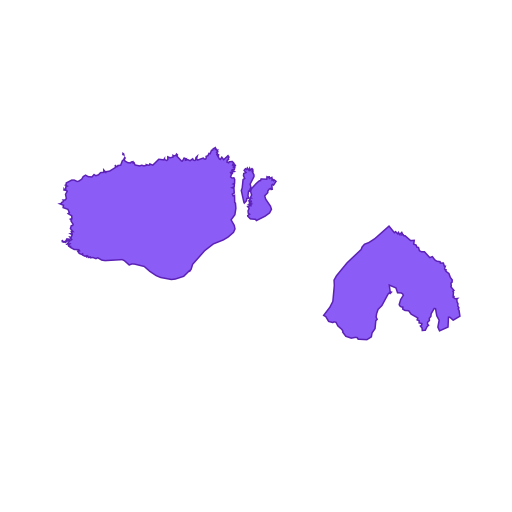 outline of Klungkung, Bali, Indonesia, rotated 139°
{"feature_id": "22746128B73073409478343", "entity_name": "Klungkung", "entity_type": "district", "adm_level": 2, "iso_a3": "IDN", "parent_name": "Indonesia", "parent_adm1": "Bali", "projection": "mercator", "projection_center": [115.486, -8.64], "detail": "fine", "context": "isolated", "style": "filled", "palette": "violet", "viewbox_px": 512, "rotation_deg": 139, "n_neighbors": 0, "source": "geoboundaries", "source_scale": "gbopen_adm2", "svg_char_len": 6128}
<svg xmlns="http://www.w3.org/2000/svg" viewBox="0 0 512 512"><g transform="rotate(139 256 256)"><path d="M315.9,288.6L315.9,288.0L313.6,288.6L309.3,291.3L291.2,293.7L280.2,293.1L270.2,289.6L264.6,288.6L257.5,288.6L254.1,290.2L252.3,293.4L251.1,299.6L244.9,301.0L239.9,305.2L236.8,309.4L237.0,310.3L232.4,315.9L233.8,316.3L233.3,318.2L231.1,317.8L228.2,321.6L229.2,323.2L227.1,322.5L225.3,324.3L225.9,325.3L224.4,325.0L221.9,327.7L221.4,329.5L222.9,330.5L223.3,332.4L220.4,334.0L219.1,333.5L220.6,335.0L220.4,335.8L217.1,334.1L218.1,336.4L217.3,336.7L215.7,335.4L214.4,336.4L214.8,337.3L213.5,337.1L214.0,338.9L212.2,338.0L212.0,339.6L213.2,340.3L211.8,340.9L211.9,342.9L214.4,344.7L215.5,344.3L216.3,345.9L214.9,347.1L213.4,346.8L212.3,348.5L211.5,348.4L211.3,350.1L217.2,349.9L217.0,353.0L219.6,352.3L220.0,353.3L219.3,355.6L217.3,357.4L219.2,356.6L218.7,357.9L219.6,358.4L218.1,358.2L217.8,360.0L216.5,359.7L216.6,360.5L215.4,361.1L216.2,361.7L215.9,363.2L216.6,363.2L215.7,364.5L218.1,365.0L219.3,364.3L220.2,365.0L223.5,363.3L224.2,364.3L226.5,363.2L228.3,363.9L229.2,362.6L230.5,362.2L231.4,363.0L231.5,364.5L237.1,366.7L237.0,368.5L235.0,369.8L236.7,369.7L238.6,368.0L239.5,368.2L240.4,369.4L240.0,370.9L243.3,371.2L244.3,373.5L245.8,374.2L245.1,374.8L246.1,374.9L245.3,375.8L246.0,377.1L249.3,375.9L249.9,376.5L250.2,383.4L249.0,383.8L249.1,385.1L250.6,384.5L252.3,385.4L252.6,386.4L253.8,385.1L256.4,386.5L257.5,388.7L259.2,386.7L260.7,386.6L261.8,388.8L261.2,389.5L262.6,389.1L265.9,392.8L274.3,392.3L275.7,395.1L276.3,394.5L277.5,394.9L278.8,396.9L279.1,396.3L281.5,397.5L282.6,399.4L284.8,400.4L287.6,404.1L286.8,406.4L287.7,406.7L286.9,407.9L288.5,408.8L289.6,408.5L291.5,410.5L292.6,413.6L292.0,415.4L294.3,415.6L298.6,413.3L300.9,414.9L301.8,414.4L302.8,415.0L302.6,417.0L303.9,415.0L310.8,416.1L313.7,417.9L314.5,417.6L314.5,420.7L315.9,418.9L318.6,420.9L321.6,420.6L324.2,421.7L324.8,423.7L328.0,423.3L330.6,426.0L331.6,428.8L334.3,429.3L337.1,428.3L340.7,428.8L342.1,429.6L343.4,432.6L345.3,434.2L351.3,435.6L352.4,434.4L353.3,434.5L352.6,432.6L354.1,433.0L356.2,430.9L357.1,431.1L355.5,428.9L356.1,429.2L356.2,428.6L359.3,427.5L361.4,423.8L363.4,423.5L364.9,424.8L365.0,423.9L366.4,423.5L367.5,423.9L368.5,423.4L369.8,424.1L368.0,420.6L369.8,419.1L367.3,414.6L368.4,411.2L370.0,411.3L368.7,407.3L370.3,405.1L371.9,405.6L371.5,404.3L372.6,403.9L373.2,399.9L374.3,399.3L375.5,400.1L378.1,398.4L378.1,394.5L379.4,395.6L380.1,393.7L381.4,394.5L380.7,392.7L383.3,391.3L384.0,392.3L384.3,389.3L386.6,389.7L390.8,388.9L388.6,387.3L390.7,387.0L390.9,386.2L389.7,384.9L390.5,384.5L388.9,380.2L385.6,377.0L385.8,375.7L387.4,376.5L387.7,373.9L386.5,371.5L385.5,371.4L386.2,370.4L385.2,368.0L384.0,367.5L384.4,366.6L383.0,366.5L383.5,364.9L381.7,364.0L382.1,363.3L380.0,361.8L378.5,359.0L376.6,358.5L375.1,354.1L372.9,351.5L359.4,341.1L358.4,338.9L357.6,332.4L354.8,331.4L352.9,329.5L347.2,321.4L346.2,314.0L344.2,306.7L342.1,302.4L335.3,293.8L332.1,291.6L323.9,288.1L315.9,288.6ZM123.6,135.9L123.3,139.8L125.9,140.8L126.1,148.7L128.3,150.6L129.2,152.8L127.8,155.8L128.8,157.2L128.0,159.2L129.2,161.5L126.3,164.0L129.2,166.2L130.2,173.5L131.1,174.2L130.9,175.5L132.0,176.3L131.0,176.4L130.5,178.2L133.5,178.0L133.0,180.3L134.5,179.7L134.7,182.8L136.3,182.8L136.0,191.3L154.6,191.1L162.0,192.1L166.4,193.7L170.0,193.2L172.4,191.9L191.7,191.1L208.2,188.3L212.9,186.6L216.3,182.3L227.8,171.3L233.8,168.9L243.9,166.8L243.1,164.4L244.1,159.0L241.7,155.4L240.3,155.1L239.1,153.4L240.1,149.6L239.4,144.4L239.7,142.2L240.5,141.7L240.9,136.5L238.0,131.5L234.4,129.4L233.1,127.9L233.5,126.2L227.2,120.1L222.0,119.3L218.9,121.8L213.8,123.1L208.0,128.6L206.1,128.7L205.4,131.1L202.9,133.3L198.9,135.6L193.5,136.0L181.4,140.6L179.7,140.7L179.4,139.7L177.5,139.9L178.2,141.0L174.5,146.6L171.3,140.1L173.3,135.4L170.6,132.8L170.2,131.0L170.6,129.7L175.4,128.2L179.7,125.5L180.2,124.2L179.8,122.3L178.7,121.1L180.1,119.6L179.3,117.2L176.7,114.5L177.1,110.4L174.5,103.1L176.3,102.1L175.3,100.1L176.8,98.5L175.1,96.2L176.6,95.1L177.9,95.3L177.9,92.7L179.4,90.7L176.9,88.9L173.1,90.5L171.2,90.5L171.3,92.0L169.9,93.5L167.5,93.5L166.1,95.3L163.6,95.7L161.7,97.5L155.9,99.5L155.1,98.4L158.8,92.3L159.9,87.4L165.4,83.0L166.6,79.1L157.7,76.4L150.9,83.5L149.9,82.7L149.3,78.2L141.6,76.8L138.4,81.8L138.2,83.4L136.9,83.7L136.5,86.0L134.9,87.4L134.4,89.4L132.9,91.6L131.8,91.7L133.7,93.0L134.2,95.7L133.2,95.5L133.1,96.9L130.8,99.0L130.6,100.2L129.2,100.1L129.1,105.0L128.2,105.3L126.7,107.7L125.2,107.6L123.6,109.2L123.4,112.3L121.9,116.2L122.7,119.9L121.6,120.9L122.4,121.7L121.8,123.0L119.8,124.1L120.5,124.8L119.2,127.8L121.5,129.7L120.8,131.0L123.0,133.5L123.6,135.9ZM217.5,279.6L213.7,281.1L212.4,284.1L211.4,292.5L210.0,295.7L205.6,296.1L204.3,297.4L201.9,297.8L200.8,297.5L201.0,296.3L200.0,295.7L197.6,299.1L196.6,299.2L196.2,298.0L191.9,299.2L192.4,301.6L193.3,301.4L193.1,302.8L194.0,302.8L192.5,304.9L194.9,305.7L193.7,307.6L194.9,306.9L195.7,308.6L197.5,306.9L201.6,310.8L203.1,309.9L204.2,310.6L208.0,310.6L215.1,309.8L217.6,308.5L219.3,304.9L222.0,303.7L221.8,303.1L222.6,303.6L223.1,302.7L225.1,302.4L225.3,301.9L223.6,300.6L224.0,299.9L225.1,300.9L226.3,300.4L225.3,298.4L227.3,299.2L226.3,297.8L226.8,297.3L227.3,298.3L227.5,297.8L229.8,298.9L230.0,296.4L232.4,295.3L233.8,293.3L233.4,291.7L235.7,292.0L236.1,291.4L235.9,287.7L232.3,284.0L232.5,282.5L223.1,280.1L217.5,279.6ZM230.1,303.6L227.0,303.9L225.2,305.5L223.6,304.5L222.4,306.9L219.1,309.8L218.6,309.3L214.7,311.3L213.3,314.1L205.5,317.2L204.3,318.6L203.4,322.4L202.5,323.0L202.4,322.4L201.6,323.5L201.7,324.6L204.0,324.5L203.3,326.3L205.1,325.3L204.8,328.1L206.3,327.4L206.7,328.8L208.8,328.4L208.8,325.5L211.1,326.3L212.8,324.8L213.6,321.9L215.6,322.2L221.9,316.3L224.1,315.1L229.9,304.5L230.1,303.6ZM385.3,390.5L387.5,393.0L391.5,391.3L386.1,390.9L385.3,390.5ZM391.9,392.4L391.3,392.6L392.2,393.0L391.8,395.2L392.8,393.9L391.9,392.4ZM289.1,420.7L289.9,419.9L289.4,419.0L288.9,419.9L289.1,420.7ZM290.4,416.5L291.6,416.0L291.5,415.7L290.5,415.8L290.4,416.5ZM356.9,432.5L357.3,432.1L357.0,431.5L356.9,432.5Z" fill="#8b5cf6" stroke="#5b21b6" stroke-width="1.5"/></g></svg>